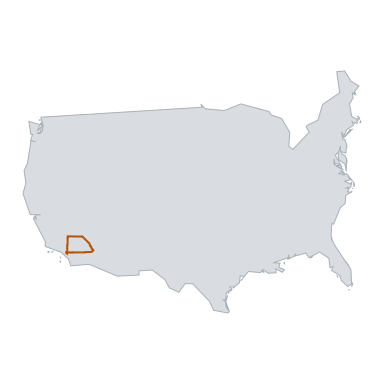 location of San Bernardino, California, United States of America
{"feature_id": "52423323B23069932539838", "entity_name": "San Bernardino", "entity_type": "district", "adm_level": 2, "iso_a3": "USA", "parent_name": "United States of America", "parent_adm1": "California", "projection": "orthographic", "projection_center": [-115.127, 34.84], "detail": "fine", "context": "in_parent", "style": "outline", "palette": "amber", "viewbox_px": 384, "rotation_deg": 0, "n_neighbors": 0, "source": "geoboundaries", "source_scale": "gbopen_adm2", "svg_char_len": 5190}
<svg xmlns="http://www.w3.org/2000/svg" viewBox="0 0 384 384"><path d="M322.8,104.3L339.7,92.7L336.7,71.7L344.6,71.0L351.1,81.3L358.9,86.0L354.0,92.4L354.8,94.6L352.3,92.8L353.1,97.9L349.5,103.8L351.7,116.4L357.0,119.3L358.8,117.6L357.2,115.9L358.3,116.5L359.7,118.7L354.6,123.5L352.2,121.6L353.3,125.3L346.7,129.7L343.4,136.8L342.9,134.0L341.6,132.7L342.9,139.3L344.9,139.6L346.7,144.9L345.8,153.2L340.1,151.1L340.7,145.9L339.2,150.0L342.3,154.0L345.1,155.8L346.6,158.6L346.2,171.4L344.9,164.1L338.5,159.6L338.2,151.8L335.3,155.5L340.7,164.7L335.8,163.4L334.6,164.3L334.5,160.7L334.1,159.8L333.8,162.8L334.6,164.9L341.8,166.1L341.2,168.5L337.3,166.2L336.1,166.0L341.0,168.7L342.7,168.9L342.9,171.8L340.4,170.6L344.6,173.2L344.1,174.0L342.0,172.7L338.2,173.3L343.9,175.0L346.6,173.6L352.9,181.5L347.8,175.6L350.3,179.8L344.8,181.2L350.3,184.0L351.6,181.9L350.9,187.0L345.3,187.9L349.2,188.6L347.3,191.9L351.0,192.0L345.7,195.5L345.1,203.5L340.3,207.7L333.6,224.2L331.8,223.4L331.1,236.3L331.6,239.2L335.9,247.1L350.9,269.5L351.6,284.1L347.6,286.5L341.7,280.9L339.4,275.2L331.6,270.4L332.9,266.5L330.0,267.7L328.8,258.3L319.5,251.9L309.1,257.7L305.8,253.1L294.8,256.1L295.7,253.6L294.2,256.2L289.5,258.7L288.5,254.6L288.3,257.7L273.1,262.8L280.1,263.0L278.7,267.4L284.5,269.6L282.3,272.3L275.7,268.9L276.1,272.8L268.1,273.2L262.8,269.5L260.6,272.6L248.4,271.5L242.7,278.2L244.1,276.4L240.2,275.8L239.5,282.7L233.0,288.3L234.5,286.8L229.7,287.0L231.7,288.9L226.5,292.7L225.4,300.3L222.8,299.6L225.2,301.2L226.5,307.7L229.3,311.3L227.9,313.0L213.7,310.3L209.3,301.1L192.6,283.7L185.1,283.6L178.9,292.2L169.6,288.1L164.8,279.5L152.3,270.0L138.9,270.9L139.1,275.0L117.5,276.2L89.1,264.3L70.8,265.8L68.4,258.9L60.8,252.2L45.2,246.4L45.3,241.5L33.5,218.9L34.1,216.6L36.5,219.7L35.1,214.8L40.7,214.8L30.3,214.6L23.0,193.6L25.9,183.0L24.1,170.6L27.5,163.1L31.0,140.8L35.7,141.8L30.5,140.3L32.6,134.4L30.8,134.3L28.9,121.5L40.1,124.6L37.3,131.0L41.4,126.7L40.6,132.1L37.8,133.3L39.7,133.7L42.0,131.5L43.2,126.0L40.9,117.2L201.8,107.3L200.9,104.1L205.3,108.8L224.3,110.6L240.7,103.9L268.9,111.5L271.3,115.0L281.5,118.4L289.8,132.3L288.8,146.3L293.0,149.3L309.3,132.1L306.1,126.9L307.4,125.2L317.8,120.3L322.8,104.3ZM350.0,131.1L352.7,128.9L343.7,137.8L350.5,129.1L350.0,131.1ZM41.3,122.6L42.5,126.2L42.3,126.7L40.4,123.9L41.3,122.6ZM229.0,310.2L226.4,304.7L226.0,301.4L226.8,304.8L229.0,310.2ZM354.9,92.4L355.8,94.0L355.1,94.0L354.9,92.4ZM263.2,271.2L263.8,272.4L262.4,271.7L263.2,271.2ZM51.1,252.2L52.9,251.5L53.0,251.8L51.1,252.2ZM49.1,251.6L48.4,252.6L47.8,251.7L49.1,251.6ZM357.4,122.2L357.1,123.7L356.8,123.6L357.4,122.2ZM226.6,298.2L226.0,301.0L227.7,295.4L226.6,298.2ZM346.3,262.0L349.2,266.5L345.9,261.7L346.3,262.0ZM60.3,257.0L61.1,258.5L60.2,257.1L60.3,257.0ZM352.5,284.6L351.6,286.7L352.9,282.5L352.5,284.6ZM354.6,184.4L354.1,186.9L353.3,181.8L354.6,184.4ZM40.0,119.6L39.9,120.6L39.3,120.0L40.0,119.6ZM231.9,289.9L229.5,291.6L231.9,289.5L231.9,289.9ZM360.4,121.1L361.0,122.4L360.0,122.6L360.4,121.1ZM60.1,261.0L60.7,262.8L59.9,261.2L60.1,261.0ZM229.0,292.8L228.1,293.6L228.8,292.4L229.0,292.8ZM347.0,160.9L346.7,164.0L346.7,159.8L347.0,160.9ZM242.1,279.5L240.6,280.9L242.7,278.6L242.1,279.5ZM331.8,237.5L332.1,239.7L331.6,238.3L331.8,237.5ZM351.6,192.1L351.3,192.7L352.0,190.6L351.6,192.1ZM312.9,256.0L311.4,257.7L310.6,257.7L312.9,256.0ZM288.7,258.5L288.4,259.0L287.3,259.2L288.7,258.5ZM337.5,276.1L338.1,277.5L337.1,275.9L337.5,276.1ZM284.5,262.9L284.5,264.3L283.8,261.9L284.5,262.9ZM349.3,289.7L348.3,290.2L349.6,289.3L349.3,289.7ZM346.8,145.9L346.7,147.5L346.7,145.3L346.8,145.9ZM353.2,187.7L352.8,188.5L352.7,188.5L353.2,187.7Z" fill="#d9dde1" stroke="#a8b0b8" stroke-width="1"/><path d="M89.7,243.7L88.4,242.5L87.5,241.6L87.4,241.5L86.7,240.8L86.3,240.4L86.2,240.3L86.0,240.2L85.9,240.0L85.8,239.9L85.0,239.1L84.7,238.9L84.3,238.4L84.1,238.3L84.0,238.2L83.9,238.1L83.3,237.5L82.4,236.6L82.2,236.4L81.6,236.4L81.6,236.6L74.9,236.5L67.7,236.3L67.7,237.1L67.6,237.4L67.8,237.4L67.8,237.6L67.7,237.6L67.7,238.4L67.6,239.5L67.6,241.0L67.6,242.6L67.5,245.1L67.2,245.1L67.2,246.4L67.2,247.5L67.2,248.0L67.2,248.9L67.3,249.2L67.3,249.3L67.3,249.5L67.3,249.9L67.2,250.3L67.1,250.5L67.0,251.0L66.9,251.4L66.8,251.7L66.8,251.8L66.6,252.3L66.3,252.3L66.3,252.5L66.2,252.5L66.2,253.0L66.9,253.6L67.0,253.7L67.1,253.2L67.5,253.2L67.5,252.8L67.9,252.6L67.9,252.4L67.9,252.2L68.1,252.2L69.3,252.3L70.0,252.4L70.4,252.4L70.5,252.6L71.1,252.6L71.3,252.6L72.6,252.6L72.6,252.3L74.1,252.4L75.7,252.4L77.3,252.4L79.6,252.4L81.8,252.4L84.6,252.5L84.6,252.1L85.3,252.1L91.2,252.0L91.2,251.9L91.3,251.9L91.4,251.7L91.5,251.7L91.8,251.6L92.0,251.5L92.1,251.4L92.3,251.2L92.6,251.2L92.8,251.0L92.8,250.9L93.0,250.6L93.2,250.4L93.3,250.4L93.4,250.2L93.3,249.9L93.2,249.7L92.9,249.5L92.7,249.4L92.6,249.2L92.4,249.1L92.2,249.0L92.2,248.9L92.0,248.7L91.9,248.7L91.7,248.7L91.6,248.4L91.6,248.2L91.5,247.8L91.4,247.6L91.2,247.4L91.3,247.3L91.3,247.2L91.2,247.2L91.1,246.9L91.0,246.7L90.9,246.5L90.9,246.4L90.8,246.2L90.7,246.2L90.4,245.9L90.2,245.8L90.2,245.6L90.1,245.4L90.0,245.2L89.9,245.1L89.7,244.9L89.7,244.7L89.7,244.4L89.7,244.2L89.7,243.9L89.7,243.7Z" fill="none" stroke="#b45309" stroke-width="2"/></svg>